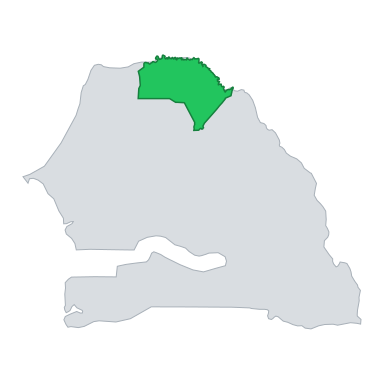 location of Podor, Saint-Louis, Senegal
{"feature_id": "50182788B66510054428140", "entity_name": "Podor", "entity_type": "district", "adm_level": 2, "iso_a3": "SEN", "parent_name": "Senegal", "parent_adm1": "Saint-Louis", "projection": "robinson", "projection_center": [-14.416, 16.094], "detail": "fine", "context": "in_parent", "style": "filled", "palette": "green", "viewbox_px": 384, "rotation_deg": 0, "n_neighbors": 0, "source": "geoboundaries", "source_scale": "gbopen_adm2", "svg_char_len": 8109}
<svg xmlns="http://www.w3.org/2000/svg" viewBox="0 0 384 384"><path d="M311.3,173.3L316.5,183.4L315.4,188.2L314.2,195.3L317.1,200.4L320.5,203.8L323.0,206.8L325.7,211.1L326.2,219.5L325.7,225.6L327.4,228.4L328.9,231.9L328.7,234.8L327.7,237.3L324.4,240.7L323.9,247.0L329.2,254.7L332.7,258.9L332.6,261.3L333.6,263.9L336.1,266.9L337.7,266.2L339.4,263.7L340.1,262.0L344.8,262.8L346.9,263.5L349.9,268.6L351.0,271.9L351.7,276.1L354.8,281.3L357.5,285.0L358.0,287.3L360.4,290.4L359.0,297.3L359.2,300.8L357.5,310.1L357.2,314.5L357.3,316.1L361.0,319.4L360.6,324.1L356.9,323.3L350.5,322.7L337.6,325.2L333.1,324.2L324.7,324.5L318.7,325.8L311.0,328.9L305.1,328.1L301.9,325.7L297.6,325.9L292.9,324.6L287.8,322.3L283.2,321.1L278.2,316.8L275.8,316.1L274.2,317.2L272.8,318.6L271.4,319.5L268.6,318.7L267.6,315.8L268.5,313.0L268.7,310.9L267.4,309.7L264.4,309.3L259.5,309.3L251.5,308.5L249.7,307.9L231.9,307.2L213.5,307.1L197.8,307.0L178.1,306.9L164.2,306.9L151.3,306.8L141.3,312.5L130.4,318.7L115.9,322.0L99.1,320.8L93.8,321.6L88.2,324.4L84.2,326.4L78.4,327.6L70.9,326.6L67.9,327.2L66.0,324.4L63.9,319.8L65.3,316.5L69.8,314.3L76.7,311.5L80.2,313.0L82.3,313.0L82.7,311.2L82.1,310.3L76.9,307.8L74.2,304.6L72.0,306.5L70.1,310.4L68.5,311.6L66.2,312.7L64.8,310.0L64.3,307.4L65.4,305.4L64.8,294.1L65.5,288.0L65.2,282.7L68.4,279.2L71.5,277.1L83.4,276.9L94.6,276.7L105.3,276.8L116.2,276.9L117.3,266.3L120.8,265.5L126.0,264.4L135.6,263.1L146.4,261.9L148.6,259.8L150.4,256.3L151.6,253.2L153.8,251.8L156.8,252.9L160.7,254.5L164.8,257.1L169.5,259.5L172.6,261.0L180.1,264.7L192.9,269.9L203.5,271.9L216.2,268.2L225.4,265.7L226.5,261.2L225.1,256.7L218.2,252.7L208.9,253.1L206.1,254.2L201.7,255.6L199.1,256.1L194.7,255.2L189.2,251.6L185.6,248.1L180.7,246.4L174.9,244.8L165.6,237.5L160.7,236.2L156.1,235.8L147.3,237.3L138.6,241.2L134.1,250.0L125.4,249.9L107.1,249.6L90.2,249.3L76.3,249.9L74.9,243.5L71.6,238.4L66.3,234.0L65.1,230.0L66.9,226.5L72.1,223.6L73.3,221.5L70.6,221.8L66.5,223.7L63.7,223.8L63.4,218.2L58.9,211.0L53.8,198.8L48.0,193.7L43.2,183.9L38.1,180.1L33.4,178.3L29.5,178.7L28.0,183.2L23.0,176.7L29.8,174.4L44.4,166.2L61.1,142.9L76.1,115.3L78.1,108.8L79.9,103.8L81.2,92.5L83.3,85.8L85.3,84.5L87.9,79.4L91.0,70.3L94.4,65.3L98.3,64.3L101.3,64.8L103.5,66.6L109.7,67.8L120.2,68.2L128.2,66.9L133.9,63.7L141.4,62.1L150.7,62.1L155.6,60.8L156.1,58.2L157.3,57.4L159.2,58.4L161.0,58.0L162.7,56.2L164.4,56.1L166.1,57.6L173.9,58.1L187.7,57.5L200.5,62.2L212.2,72.4L218.3,79.1L218.7,82.5L220.6,85.9L224.1,89.3L227.3,90.0L230.2,87.8L232.5,88.0L234.2,90.7L237.5,91.2L241.3,89.6L243.9,90.1L244.4,91.7L245.0,92.5L246.8,92.9L249.2,94.9L252.7,100.3L255.4,107.8L257.6,117.4L260.4,122.6L263.9,123.5L266.0,125.5L266.4,127.8L267.4,129.3L269.1,130.2L272.1,129.7L275.5,132.9L279.3,140.0L279.9,143.2L279.3,144.9L279.5,146.1L282.0,147.3L284.4,149.6L286.3,153.1L290.5,156.2L296.8,158.9L301.4,162.9L304.2,168.3L310.1,172.8L311.3,173.3Z" fill="#d9dde1" stroke="#a8b0b8" stroke-width="1"/><path d="M138.2,98.6L153.8,98.6L155.5,98.6L155.8,98.6L158.8,98.6L161.3,98.6L161.8,98.6L169.6,98.6L175.6,102.3L177.0,102.3L183.9,102.7L184.4,102.8L188.1,109.9L188.7,111.0L194.7,122.4L194.6,123.5L194.7,124.3L194.7,124.6L194.5,124.9L194.1,126.3L194.0,126.6L193.9,126.9L194.2,129.1L194.2,129.3L193.8,130.1L193.8,130.4L198.7,130.2L199.9,128.9L200.5,128.4L200.9,128.4L201.1,128.6L201.4,128.6L201.5,129.0L201.8,129.1L202.1,129.0L202.4,129.0L202.6,129.0L203.1,128.0L203.5,127.8L203.5,127.6L203.4,127.5L203.0,126.2L203.0,125.9L203.1,125.7L203.3,125.4L204.2,123.6L204.4,123.2L205.8,121.6L209.7,117.2L216.9,109.0L217.0,108.8L217.6,108.1L219.1,106.2L220.6,104.5L222.1,102.9L223.5,101.1L225.0,99.3L225.1,99.2L225.2,98.6L225.2,98.4L225.4,98.2L227.6,97.2L231.0,95.7L231.1,95.3L231.4,93.7L231.7,92.6L231.8,92.0L232.0,90.9L232.2,90.3L232.3,90.1L232.2,89.8L232.2,89.4L232.3,89.2L232.8,88.7L233.1,88.3L233.2,88.0L233.2,87.7L233.1,87.4L232.9,87.2L232.6,87.2L232.3,87.4L231.7,88.0L231.0,88.8L230.5,89.2L230.2,89.4L229.5,89.6L229.2,89.7L228.8,89.6L228.2,89.5L227.8,89.6L227.0,90.0L226.4,90.5L226.1,90.7L225.7,91.5L225.4,91.8L225.2,92.0L225.0,91.9L224.9,91.6L224.8,91.4L224.8,90.8L224.6,90.7L224.3,90.7L224.2,90.6L224.0,89.8L223.9,89.6L223.6,89.2L223.5,88.9L223.5,88.6L223.6,88.2L224.0,87.6L224.1,87.3L224.1,87.1L224.0,86.9L223.9,86.7L223.7,86.6L223.3,86.3L223.1,86.3L222.9,86.4L222.5,86.7L222.3,86.8L222.1,86.7L221.7,86.5L221.6,86.3L221.4,85.8L221.3,85.1L221.3,84.5L221.2,84.3L220.8,84.5L220.6,84.5L220.5,84.4L220.2,84.1L219.4,84.3L218.9,84.6L218.7,84.7L218.4,84.8L218.3,84.7L218.5,84.1L218.5,83.3L218.6,82.9L218.8,82.5L219.5,81.8L219.5,81.7L219.2,81.5L218.9,81.3L218.6,81.3L218.2,81.3L217.8,81.4L217.7,81.4L217.5,81.2L217.5,80.9L217.4,79.9L217.4,79.6L217.4,79.4L217.8,79.2L218.2,79.2L218.5,79.2L218.8,79.4L219.0,79.4L219.2,79.2L219.2,78.9L218.9,78.2L218.8,77.9L218.6,77.7L218.3,77.6L218.2,77.6L217.6,77.3L217.0,76.8L216.9,76.8L216.5,76.8L215.7,77.0L215.4,77.0L215.2,76.7L214.9,75.8L214.6,75.3L213.6,74.2L213.2,73.8L213.2,73.5L213.0,73.3L212.4,72.7L212.2,72.5L211.9,72.3L211.3,72.1L211.1,71.9L211.0,71.3L210.9,71.1L210.7,70.8L210.0,70.4L209.8,70.3L209.4,70.2L209.2,69.6L209.4,69.1L209.7,68.9L209.7,68.7L209.3,68.6L209.2,68.8L209.0,69.0L208.7,69.0L208.5,68.9L208.4,68.8L208.0,68.1L207.8,67.8L207.7,67.7L207.1,67.4L206.6,67.0L206.3,67.0L206.0,66.8L205.8,66.5L205.7,66.3L206.0,65.5L206.0,65.4L205.4,65.0L204.8,64.5L203.8,64.3L203.5,64.4L203.3,64.5L203.1,64.6L203.0,64.8L202.8,65.1L202.7,65.6L202.7,65.8L203.0,66.3L202.9,66.4L202.5,65.5L202.0,64.8L201.9,64.4L201.8,64.2L201.8,63.5L202.0,63.2L202.2,62.9L202.3,62.7L202.2,62.5L202.0,62.4L201.9,62.2L201.7,62.0L201.4,61.9L201.1,62.0L200.9,62.2L200.7,62.7L200.5,62.8L199.7,62.8L199.3,63.1L199.1,63.1L198.8,63.1L198.7,63.0L198.6,62.7L198.6,62.4L198.9,61.2L199.0,60.6L198.9,60.3L199.0,59.1L198.7,58.6L198.4,58.4L197.5,58.6L197.0,58.9L196.8,58.9L195.9,58.7L195.2,58.9L194.7,58.9L194.4,58.6L194.3,58.3L194.2,57.9L193.9,57.7L193.8,57.8L193.0,58.4L192.9,58.6L192.6,59.2L192.4,59.5L192.2,59.6L191.9,59.5L191.0,59.4L190.8,59.4L190.1,60.0L189.7,60.1L189.0,59.6L188.8,59.5L188.3,59.3L187.9,59.0L187.4,58.4L187.2,58.2L187.0,58.3L186.9,58.3L186.8,58.9L186.6,59.6L186.5,59.8L186.4,59.9L185.8,59.5L185.6,59.5L185.0,59.7L184.8,59.7L184.5,59.5L184.3,59.6L183.9,59.9L183.7,59.5L183.5,59.3L183.4,59.2L183.0,59.2L182.7,59.2L182.4,59.4L182.2,59.7L182.0,59.9L181.9,59.9L181.6,59.5L181.4,59.3L181.3,59.1L181.8,58.9L182.0,58.7L181.9,58.1L181.8,57.9L181.5,57.8L181.3,57.9L180.8,58.0L180.3,58.1L179.6,58.1L179.3,58.1L179.0,58.2L178.3,58.5L178.0,58.6L177.8,58.5L177.6,58.4L177.4,58.1L177.1,58.2L177.1,58.6L177.1,58.8L176.7,58.9L176.6,59.0L176.8,59.6L176.7,59.8L176.5,59.7L176.2,59.5L175.9,59.3L175.8,59.1L175.9,58.4L175.8,58.1L175.7,57.9L175.5,57.7L175.2,57.5L175.1,57.4L174.9,57.5L174.6,57.7L174.3,58.2L174.1,58.7L173.9,59.0L173.7,59.0L173.5,58.8L173.2,58.4L172.8,57.7L172.6,57.6L172.3,57.5L172.1,57.7L171.9,58.1L171.9,58.5L171.6,58.7L171.2,58.4L170.1,58.6L169.9,58.5L169.6,57.9L169.1,57.1L168.9,57.0L168.6,57.2L168.5,57.4L168.3,58.2L168.0,58.8L167.9,58.8L167.7,58.9L167.2,58.7L167.1,58.4L167.2,58.1L167.2,57.9L166.9,57.8L166.6,58.2L166.2,58.6L165.9,58.8L165.6,58.9L165.4,58.8L165.2,58.6L165.0,58.3L164.7,57.7L165.0,56.5L164.9,56.1L164.2,55.7L163.3,55.2L163.0,55.1L162.8,55.2L162.5,55.4L162.4,55.7L162.3,56.2L162.3,56.6L162.3,57.7L162.2,58.1L161.9,58.4L160.5,59.2L160.3,59.2L159.9,59.0L159.6,59.0L159.4,59.2L159.3,59.3L159.2,59.2L159.0,58.7L158.8,58.5L158.7,58.3L158.6,58.1L158.4,57.3L158.3,57.0L158.2,56.8L157.8,56.4L157.7,56.2L157.2,56.1L156.9,56.1L156.4,56.7L155.8,57.6L155.6,58.1L155.6,58.5L155.8,58.9L155.9,59.0L156.2,59.1L156.7,59.1L157.0,59.2L157.1,59.3L157.3,59.6L157.4,59.8L157.5,60.0L157.6,60.4L157.6,60.6L157.2,61.1L156.2,62.0L155.8,62.4L155.0,62.4L154.8,62.3L154.5,62.2L153.6,61.7L153.1,61.6L152.9,61.6L152.7,61.8L152.5,62.1L152.3,62.4L151.1,63.0L150.5,63.4L150.1,63.9L149.6,64.1L149.4,64.0L148.9,63.7L148.6,63.4L148.5,63.2L148.2,62.9L147.9,62.9L147.3,62.9L146.8,62.8L146.1,62.5L145.2,62.5L144.8,62.6L144.0,63.4L143.9,64.7L143.9,67.2L138.3,71.3L139.5,75.9L139.6,76.6L139.7,77.4L140.3,85.4L138.8,88.6L138.2,98.6Z" fill="#22c55e" stroke="#15803d" stroke-width="1.5"/></svg>